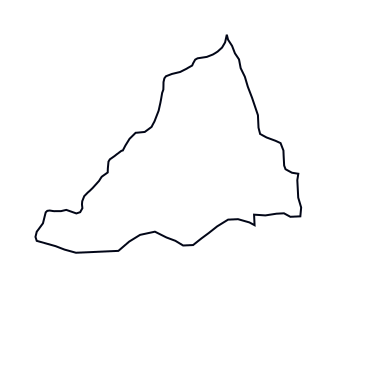 Kimhwa, Kangwŏn-do, North Korea, rotated 132°
{"feature_id": "82179303B18704732408852", "entity_name": "Kimhwa", "entity_type": "district", "adm_level": 2, "iso_a3": "PRK", "parent_name": "North Korea", "parent_adm1": "Kangwŏn-do", "projection": "robinson", "projection_center": [127.616, 38.445], "detail": "fine", "context": "isolated", "style": "outline", "palette": "ink", "viewbox_px": 384, "rotation_deg": 132, "n_neighbors": 0, "source": "geoboundaries", "source_scale": "gbopen_adm2", "svg_char_len": 1760}
<svg xmlns="http://www.w3.org/2000/svg" viewBox="0 0 384 384"><g transform="rotate(132 192 192)"><path d="M174.8,123.3L167.3,130.7L160.3,121.8L151.6,114.7L146.3,109.4L144.6,102.3L137.6,95.2L130.5,100.5L125.1,109.3L118.0,116.4L112.7,121.7L107.3,125.2L110.8,130.6L112.5,137.7L110.7,141.2L103.6,148.3L100.0,151.8L96.4,158.9L98.1,164.3L101.6,173.1L103.3,180.2L99.7,185.6L90.8,194.4L81.8,210.4L76.4,221.0L71.0,229.8L67.4,238.7L62.0,245.8L60.2,252.9L56.6,260.0L54.7,267.1L51.8,271.4L58.7,267.5L64.6,266.3L67.3,266.6L70.4,266.9L73.0,267.6L75.9,268.5L79.9,270.5L81.7,271.4L88.9,277.3L91.5,278.2L95.5,277.3L97.9,276.5L102.6,278.1L104.0,278.5L106.8,279.6L110.7,281.1L117.7,285.9L123.4,288.8L126.0,288.6L129.4,286.7L132.5,284.0L135.1,281.8L136.3,281.3L138.3,280.5L142.9,277.6L145.0,276.3L147.0,275.1L153.9,271.2L164.7,267.1L168.1,266.3L170.7,265.6L174.7,266.4L179.0,267.3L184.9,272.7L185.7,273.5L194.3,274.0L197.0,273.5L202.0,272.6L207.4,271.2L208.6,272.0L214.7,273.2L217.1,273.6L222.7,274.9L224.8,274.5L225.3,274.4L225.7,274.1L230.8,270.3L233.3,268.2L233.9,267.7L239.6,269.0L241.1,269.3L243.2,269.0L245.9,268.5L253.2,268.5L255.5,268.5L259.9,268.8L261.3,269.0L262.3,269.1L267.2,269.3L272.3,267.4L274.8,265.5L274.9,265.4L277.4,262.6L281.8,261.6L282.7,262.1L285.3,263.6L288.6,271.5L289.4,273.4L290.2,274.0L293.8,276.5L296.8,279.8L298.3,281.4L299.2,282.6L301.0,285.4L302.8,286.9L303.4,287.0L305.0,287.1L307.3,285.9L315.0,281.8L325.4,280.8L329.7,278.5L330.1,278.3L332.2,274.7L323.5,257.1L320.1,248.2L314.8,237.6L306.1,228.7L297.3,219.8L285.0,207.3L270.9,205.5L258.6,201.9L246.3,193.0L242.9,180.6L239.4,171.7L237.7,162.8L230.7,155.7L220.1,153.9L211.3,152.1L200.7,150.3L188.4,146.7L181.4,139.6L176.2,129.0L174.8,123.3Z" fill="none" stroke="#020617" stroke-width="2"/></g></svg>